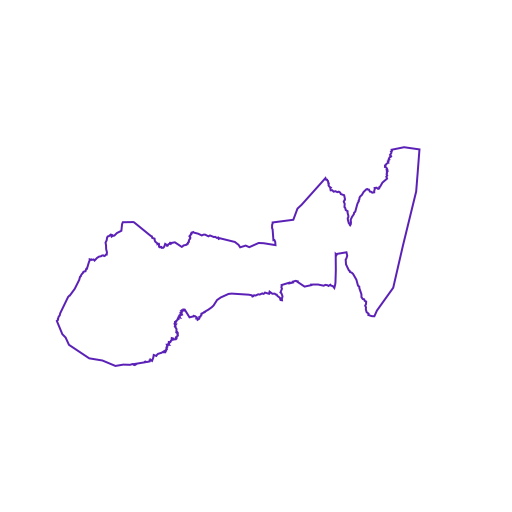 outline of Våler nor, Hedmark, Norway, rotated 37°
{"feature_id": "86288312B45853408060445", "entity_name": "Våler nor", "entity_type": "district", "adm_level": 2, "iso_a3": "NOR", "parent_name": "Norway", "parent_adm1": "Hedmark", "projection": "albers", "projection_center": [11.908, 60.813], "detail": "fine", "context": "isolated", "style": "outline", "palette": "violet", "viewbox_px": 512, "rotation_deg": 37, "n_neighbors": 0, "source": "geoboundaries", "source_scale": "gbopen_adm2", "svg_char_len": 6150}
<svg xmlns="http://www.w3.org/2000/svg" viewBox="0 0 512 512"><g transform="rotate(37 256 256)"><path d="M126.4,357.9L126.1,358.6L125.2,358.8L125.9,359.8L126.2,361.3L128.6,367.8L128.2,367.9L128.2,368.7L129.0,370.8L128.0,371.9L127.7,372.8L127.8,373.4L128.0,373.5L127.8,375.2L127.9,377.0L128.3,377.6L128.0,378.6L129.2,381.5L131.0,391.4L131.1,399.7L130.8,400.0L130.6,401.9L134.1,419.6L135.0,421.6L134.9,423.2L135.4,424.3L135.5,425.3L136.0,425.6L136.3,426.4L136.0,427.7L148.4,435.0L153.0,435.7L160.1,439.5L184.4,438.1L196.2,431.9L209.9,428.4L215.4,422.6L220.9,418.7L222.4,416.6L223.3,416.0L223.7,416.5L224.8,416.1L225.4,414.6L224.6,414.7L231.2,407.8L230.9,407.3L231.1,406.9L232.5,406.5L234.5,404.2L233.9,403.3L234.6,402.9L234.2,402.3L236.1,402.3L235.2,399.2L233.9,396.6L236.5,395.8L236.4,394.2L236.7,393.0L238.7,390.3L239.8,387.6L240.1,388.5L241.5,387.5L241.1,386.6L241.3,385.7L240.5,384.6L240.8,384.1L240.3,383.8L240.2,382.9L239.6,383.0L239.2,381.8L239.4,381.1L238.3,380.5L239.4,379.7L238.8,379.7L239.2,379.2L238.8,378.6L239.3,378.2L238.2,377.1L239.4,376.3L239.0,375.0L239.3,374.6L239.2,374.0L238.8,373.4L239.3,373.2L238.3,372.2L239.3,371.8L239.5,372.3L240.4,372.3L242.1,370.7L242.0,370.0L241.6,369.6L241.3,370.0L241.1,369.4L241.9,369.2L241.2,368.1L241.5,367.1L241.2,366.8L241.3,366.2L240.5,365.7L240.1,364.8L239.8,364.7L239.9,365.2L239.7,365.3L238.9,364.3L238.2,364.8L238.0,364.4L238.5,364.1L237.6,363.8L236.4,362.1L233.5,361.1L233.4,360.5L233.7,360.3L233.2,359.8L233.2,359.1L232.6,359.6L231.7,359.2L231.6,358.6L232.1,357.9L231.6,358.2L231.2,357.7L231.7,357.5L231.2,356.9L231.3,356.2L231.7,356.1L231.5,354.7L232.0,353.1L231.2,353.0L231.1,352.5L231.4,352.0L231.1,351.6L232.2,351.0L231.4,350.8L231.7,350.4L231.4,349.9L231.0,350.4L230.5,349.7L231.0,348.9L230.8,348.4L231.6,348.3L232.2,347.4L230.3,346.7L230.7,346.4L230.4,346.2L230.5,345.5L229.8,345.2L230.0,344.8L229.2,344.8L229.4,344.0L230.8,343.2L230.4,343.1L230.9,342.7L230.4,342.3L231.3,341.7L239.8,345.0L242.2,342.1L242.2,341.5L242.8,341.5L243.2,340.8L245.5,340.7L245.9,341.0L246.0,341.7L246.6,341.3L247.7,342.1L248.4,340.3L248.0,339.2L247.4,339.0L248.1,337.6L247.7,336.6L247.9,335.7L247.1,334.9L248.7,332.0L248.4,331.9L250.3,327.4L251.5,323.5L251.9,321.1L251.4,314.6L252.8,310.3L256.9,302.8L259.3,300.6L273.6,291.2L276.3,289.9L277.5,290.5L278.0,289.8L277.8,289.5L278.1,288.5L279.5,287.8L280.8,285.3L282.2,284.5L283.5,282.1L284.6,281.9L285.1,281.1L285.2,279.8L289.3,278.3L289.3,277.8L288.7,277.3L288.3,276.3L291.8,276.3L293.6,274.8L295.1,274.9L295.7,274.4L297.2,275.0L300.2,275.0L302.1,276.4L303.4,275.7L302.0,274.2L302.1,273.7L301.4,272.2L298.6,270.4L297.5,270.4L296.4,266.5L295.1,265.7L294.6,264.5L293.9,263.8L298.7,257.2L299.1,257.8L301.5,254.9L300.8,254.4L302.7,251.9L304.5,251.2L304.6,251.7L313.2,251.2L317.7,246.0L317.3,245.6L322.6,241.5L327.9,239.0L328.8,237.3L330.8,236.3L331.9,236.3L332.7,234.2L333.8,234.5L335.4,233.8L337.8,234.4L336.3,230.9L335.3,229.2L328.3,219.3L318.4,206.4L319.7,206.6L319.5,205.5L326.0,198.6L328.7,200.9L329.8,204.0L329.7,204.8L332.9,208.5L338.8,211.6L339.6,211.4L340.6,212.2L342.5,211.7L344.3,211.9L350.4,214.5L355.3,218.3L356.9,218.3L357.9,219.5L363.2,223.1L365.0,225.4L367.2,226.1L368.5,225.5L369.8,226.4L371.4,226.1L372.8,228.2L373.1,230.0L374.7,230.8L375.9,232.6L378.2,234.3L380.6,234.3L381.2,235.5L384.6,234.4L386.8,232.9L385.4,226.8L384.7,198.8L367.1,159.3L345.1,108.1L335.0,92.2L322.4,72.5L308.8,80.0L300.4,89.5L301.3,90.2L301.0,91.3L301.5,91.4L302.1,92.3L302.2,94.6L303.9,95.0L303.9,95.8L303.3,96.5L303.5,98.2L304.4,98.7L304.0,99.5L304.8,100.6L304.4,101.1L305.5,101.9L305.2,102.2L304.7,104.4L304.9,105.0L304.5,106.0L305.4,107.3L306.5,106.9L307.8,107.3L308.7,107.8L308.5,108.6L309.9,108.9L309.6,109.7L310.4,110.3L310.5,111.1L311.0,111.4L311.1,112.1L312.4,112.8L312.3,114.2L314.1,115.3L312.8,121.3L313.4,125.9L313.0,126.9L313.6,127.5L313.6,128.4L313.1,128.9L311.2,128.9L309.8,130.3L310.6,131.1L311.2,132.8L312.1,134.0L310.7,135.5L309.7,135.3L308.2,136.0L306.2,135.0L305.4,135.6L304.7,135.5L304.0,136.3L303.4,140.1L303.8,143.4L303.4,145.7L303.5,146.9L304.5,148.8L304.6,150.0L305.2,150.5L305.3,152.2L305.8,153.9L308.6,160.9L308.3,162.4L309.0,163.8L309.1,166.8L309.8,170.1L311.7,172.1L312.6,173.7L312.7,174.8L311.9,174.6L311.7,173.4L310.3,173.9L307.6,171.8L306.5,170.6L306.5,169.7L305.7,168.4L303.0,166.3L302.2,165.1L300.0,165.3L298.3,163.9L297.2,163.7L295.4,160.9L293.4,159.8L293.0,157.9L293.2,157.6L292.7,156.9L289.8,154.4L286.5,155.5L285.1,154.7L283.4,154.8L282.6,156.0L280.4,156.5L279.3,157.9L277.3,157.6L276.1,158.6L274.5,157.1L274.6,156.4L273.1,156.5L271.5,156.0L271.0,155.1L270.3,154.7L270.3,154.1L269.5,153.9L268.4,152.8L267.5,152.8L266.9,152.3L266.0,152.9L264.6,152.0L261.6,187.6L260.6,193.2L264.0,204.6L249.1,219.2L249.7,220.0L250.1,221.4L252.0,224.0L253.3,224.8L260.4,232.9L261.1,232.2L262.8,233.1L265.0,235.6L254.4,241.2L250.3,244.0L245.3,253.0L241.5,253.9L238.1,258.6L235.4,257.6L230.7,257.5L216.2,263.7L216.3,264.1L215.9,264.8L214.7,264.0L213.9,265.1L211.8,265.3L211.0,266.2L206.9,267.3L206.2,268.9L202.4,269.6L201.2,270.6L200.3,272.2L196.4,273.0L192.3,274.7L191.5,274.6L190.5,276.1L191.0,276.6L190.7,277.2L191.3,277.8L191.0,278.4L191.0,279.3L191.3,279.6L191.0,280.3L192.7,281.0L192.7,281.5L193.0,282.1L192.8,282.9L193.3,284.5L193.9,285.0L193.6,286.3L194.2,287.2L193.6,288.2L193.8,288.8L191.7,291.3L191.6,292.5L191.2,293.4L183.0,293.9L181.1,295.9L180.7,297.4L179.9,296.9L179.4,297.2L179.7,298.2L179.0,299.3L179.2,301.0L178.7,301.4L178.0,300.9L176.2,301.0L177.1,303.7L177.0,305.2L175.7,306.3L174.9,305.7L174.1,306.2L173.9,306.9L173.1,307.0L172.4,306.4L171.4,304.8L171.0,304.7L170.2,305.8L169.9,305.3L167.1,305.2L166.0,304.7L164.5,303.2L162.3,304.0L161.0,303.0L159.9,303.3L138.5,302.5L137.5,302.8L129.3,309.2L129.9,311.2L133.3,316.9L131.1,321.4L130.6,324.9L130.1,325.6L128.9,326.0L129.2,326.8L129.0,327.4L128.0,326.8L128.0,326.0L127.1,326.3L126.6,328.6L125.8,329.7L126.0,330.9L127.3,333.4L127.8,335.9L129.7,337.6L132.2,340.7L134.7,342.7L135.9,344.7L135.3,345.2L135.3,346.5L134.8,347.4L133.7,347.4L132.8,348.2L132.5,349.3L131.0,351.0L130.2,353.2L129.8,356.8L128.4,356.5L127.1,358.0L126.4,357.9Z" fill="none" stroke="#5b21b6" stroke-width="2"/></g></svg>